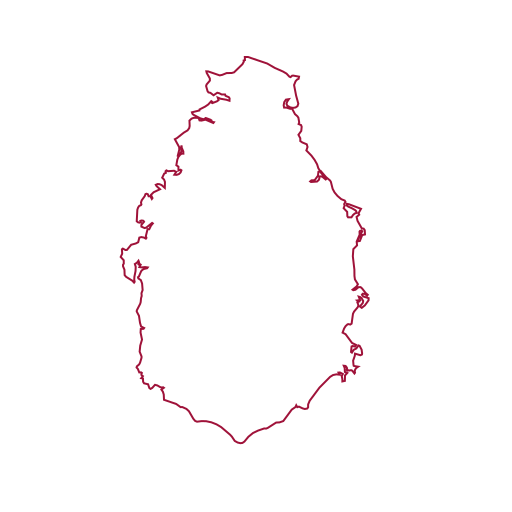 map outline of Hainan (Mercator projection), rotated 306°
{"feature_id": "CHN-1775", "entity_name": "Hainan", "entity_type": "Province", "adm_level": 1, "iso_a3": "CHN", "parent_name": "China", "parent_adm1": "", "projection": "mercator", "projection_center": [109.857, 19.166], "detail": "fine", "context": "isolated", "style": "outline", "palette": "rose", "viewbox_px": 512, "rotation_deg": 306, "n_neighbors": 0, "source": "natural_earth", "source_scale": "10m", "svg_char_len": 6118}
<svg xmlns="http://www.w3.org/2000/svg" viewBox="0 0 512 512"><g transform="rotate(306 256 256)"><path d="M423.0,179.2L423.8,180.0L426.4,185.4L424.4,186.3L422.8,185.5L420.6,185.3L416.7,186.3L409.4,194.1L404.1,200.7L401.6,201.5L399.4,200.7L397.6,198.9L396.4,196.5L396.0,193.0L397.0,191.2L399.2,190.5L402.2,190.4L400.1,188.3L397.1,188.4L394.2,189.8L392.6,191.5L393.9,193.3L395.2,197.2L396.4,198.6L393.7,204.1L393.4,207.3L392.8,209.0L389.5,212.4L387.8,212.9L388.4,215.5L387.4,217.0L383.8,219.1L379.0,219.1L377.3,222.6L375.0,224.3L375.1,226.8L376.2,231.4L374.5,233.6L371.0,234.7L369.8,241.8L368.2,246.9L366.1,251.5L363.6,254.9L362.4,258.1L360.8,257.0L357.4,258.9L352.5,258.9L351.4,258.4L349.8,256.4L348.2,256.0L348.2,257.0L352.1,261.6L354.5,262.1L356.1,261.6L357.6,260.4L358.8,262.1L359.1,263.4L358.8,268.2L359.9,266.0L361.7,258.9L362.7,258.9L361.0,266.2L360.6,271.5L360.0,273.0L355.4,278.5L353.6,282.2L352.5,286.6L352.1,291.6L353.0,295.2L352.4,296.5L349.8,296.8L348.8,298.1L346.2,298.8L345.3,303.8L341.9,306.5L341.4,307.8L343.4,310.5L346.2,310.4L348.4,310.9L350.1,312.1L351.2,310.6L351.4,309.4L351.0,305.5L350.2,301.7L350.2,299.7L351.6,298.8L352.5,300.8L355.9,313.2L350.9,313.8L350.1,315.2L346.7,314.4L344.1,317.5L340.5,325.4L341.4,327.0L340.8,328.8L337.5,331.5L335.4,329.6L329.2,331.2L327.9,329.9L329.3,328.8L338.5,327.4L338.5,326.3L337.5,325.4L336.6,325.4L334.2,327.3L326.8,329.0L324.0,331.5L318.8,330.7L312.7,334.5L302.8,343.6L297.7,347.4L295.2,349.8L293.1,355.0L290.6,355.3L285.5,353.9L285.5,354.8L287.2,356.3L291.1,357.3L292.3,358.9L292.1,360.9L290.5,366.5L290.3,369.2L289.3,369.2L289.2,366.1L288.2,364.5L286.9,364.5L286.3,366.6L288.1,371.9L286.3,373.1L280.0,373.1L276.2,372.0L276.2,369.7L280.7,370.0L282.6,369.2L284.0,366.1L284.0,364.4L283.5,363.0L281.5,366.1L279.6,364.1L279.6,366.1L278.1,365.2L276.9,367.1L275.8,368.1L274.2,368.4L268.7,368.0L266.3,368.4L257.5,373.1L256.0,372.6L255.2,370.8L254.5,370.2L251.9,369.7L249.1,369.9L244.9,371.1L245.4,374.4L242.1,384.8L242.9,389.3L240.9,389.3L240.0,387.1L239.0,386.5L234.2,389.3L234.2,390.4L237.6,390.2L240.1,391.5L243.9,391.5L244.2,392.6L242.3,396.5L239.6,399.1L238.6,399.6L237.1,398.8L235.2,393.5L233.3,394.6L228.4,396.1L225.2,398.9L224.6,399.6L224.8,400.3L226.5,403.7L224.5,403.0L222.6,402.9L220.9,403.5L219.8,404.7L218.8,404.7L219.8,401.2L219.5,400.0L218.2,398.8L217.7,397.5L217.1,397.5L216.9,397.1L217.2,396.4L218.8,395.6L219.6,393.8L219.6,392.9L218.8,391.5L217.6,393.5L214.4,396.1L215.0,398.6L211.7,398.2L207.2,401.3L205.3,399.6L207.1,398.3L209.2,396.0L211.6,395.6L211.1,392.3L210.2,391.3L209.2,393.5L207.5,390.6L205.0,388.3L201.8,387.0L186.8,384.7L170.5,384.5L166.6,385.4L164.2,387.1L162.7,387.1L160.9,385.4L160.1,383.2L159.4,379.3L158.0,378.3L158.9,376.3L157.0,376.7L152.7,375.2L138.5,375.1L135.2,372.8L133.1,370.2L123.7,366.5L122.3,365.6L121.3,364.0L116.0,360.3L111.0,357.6L105.3,356.1L99.0,355.7L96.8,354.9L95.4,353.4L94.3,350.8L93.9,347.5L95.7,342.6L96.2,340.1L97.1,328.4L96.6,323.0L95.2,317.6L93.0,312.7L90.4,309.0L87.3,305.7L86.8,303.7L87.5,300.9L91.0,293.0L91.4,289.6L90.5,285.2L89.4,283.8L89.4,278.5L85.6,266.1L89.7,262.8L91.5,260.4L92.3,258.0L95.2,258.9L95.2,258.0L94.2,257.1L93.6,255.5L93.3,252.3L92.4,250.0L88.3,249.6L86.5,248.8L86.5,247.3L88.8,244.1L87.2,240.3L87.9,238.6L90.4,236.6L89.7,235.0L92.3,235.1L92.3,233.5L92.9,232.8L94.3,232.4L94.3,231.4L93.2,230.0L95.2,226.8L95.6,224.9L96.7,224.5L99.6,225.2L101.6,224.9L106.4,223.2L107.5,222.4L110.2,218.1L115.5,215.0L121.4,212.9L126.2,207.6L129.2,205.7L131.0,207.8L132.0,207.8L131.4,204.5L133.7,201.5L138.8,196.5L141.0,192.1L142.0,191.5L149.2,190.4L150.9,189.8L154.3,187.8L156.5,187.0L158.6,185.2L161.8,184.3L166.8,180.0L168.8,177.0L168.7,174.0L169.5,173.0L170.6,173.3L176.3,172.0L178.2,172.3L179.7,173.0L182.1,175.1L183.1,175.1L181.8,172.7L179.5,170.1L178.5,168.2L181.2,167.8L181.2,166.9L180.2,166.9L180.2,165.8L182.1,165.2L183.1,163.7L180.5,163.6L178.3,162.7L176.6,165.0L173.0,167.4L167.6,169.9L165.3,171.4L163.8,173.0L162.8,173.0L163.3,170.4L162.8,163.2L163.3,161.0L167.6,157.6L169.5,154.5L170.7,153.6L172.1,153.5L174.8,151.5L175.7,147.1L179.2,146.4L182.6,143.6L183.7,143.9L184.1,146.8L185.0,148.0L191.7,148.4L195.5,151.4L197.9,152.6L202.3,150.8L203.9,152.1L205.0,154.4L205.3,156.7L206.3,156.7L207.3,155.2L214.0,152.5L214.9,153.9L218.9,153.2L221.7,153.4L221.7,152.5L214.4,150.5L213.1,149.4L212.4,146.0L213.8,145.0L217.9,145.3L218.3,144.2L217.6,142.7L216.5,141.8L215.5,143.1L214.6,142.3L213.9,140.8L214.0,139.1L223.7,132.8L226.0,132.1L228.0,132.1L229.4,133.0L230.3,133.0L231.7,131.5L233.9,130.8L239.0,130.8L241.1,130.2L242.0,130.8L242.4,132.1L241.2,134.0L242.0,135.0L242.0,136.0L240.9,138.2L242.0,138.2L243.7,135.1L247.4,135.7L253.6,139.1L254.1,134.5L254.7,133.1L256.4,134.1L257.4,135.8L257.9,138.0L257.5,142.2L262.4,138.8L263.8,136.7L264.2,134.1L268.7,133.3L270.3,134.2L271.4,133.0L272.6,133.2L272.9,135.0L276.8,139.6L277.2,142.0L273.8,142.2L275.0,144.1L277.0,145.5L279.3,145.9L281.5,145.3L281.5,144.3L279.6,143.0L282.7,140.7L282.6,138.2L287.7,135.7L290.3,135.0L293.3,135.1L295.1,135.7L296.1,137.1L297.9,135.7L299.9,132.3L301.7,130.8L300.2,131.4L296.9,134.1L295.4,134.4L290.3,134.1L296.8,131.5L298.9,129.9L302.8,121.7L304.8,122.7L313.4,125.1L317.4,126.8L320.2,126.8L322.2,125.9L326.4,122.6L329.2,123.1L331.2,124.4L333.7,127.9L333.7,128.8L332.5,130.6L333.5,132.3L336.6,135.0L338.5,143.3L339.5,143.3L338.5,141.2L338.5,140.2L339.5,140.2L339.5,139.1L338.3,134.8L338.0,134.1L336.6,133.8L335.7,132.9L334.6,129.9L333.5,122.3L333.7,121.0L334.6,119.7L340.5,124.7L341.4,124.2L346.9,127.0L350.5,128.3L355.0,128.8L355.0,129.9L354.0,129.9L354.0,130.8L358.2,133.5L360.1,134.1L361.7,131.9L362.4,134.9L365.0,140.2L366.0,143.3L368.0,142.0L368.5,140.7L367.7,137.2L368.5,136.0L366.5,133.3L366.1,130.7L365.3,128.7L361.1,127.2L361.2,123.2L360.4,121.4L360.9,119.9L364.2,115.7L365.8,115.2L370.8,115.6L372.5,114.3L375.1,108.6L376.2,107.3L377.2,108.8L380.8,120.5L382.7,122.2L386.7,124.7L389.8,128.8L391.7,130.3L403.2,132.3L406.1,131.9L406.9,131.1L408.0,131.9L410.4,130.0L412.3,132.6L418.3,151.9L419.2,160.6L421.1,169.4L421.5,173.5L420.7,177.6L421.0,178.8L423.0,179.2Z" fill="none" stroke="#9f1239" stroke-width="2"/></g></svg>